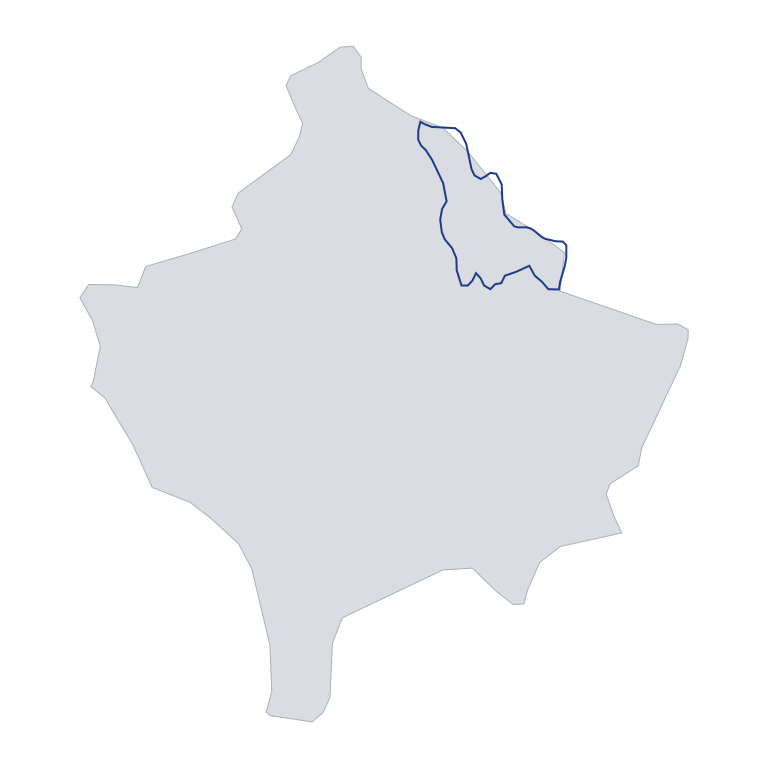 Podujevo highlighted on a map of Kosovo
{"feature_id": "KOS-5901", "entity_name": "Podujevo", "entity_type": "District", "adm_level": 1, "iso_a3": "XKX", "parent_name": "Kosovo", "parent_adm1": "", "projection": "albers", "projection_center": [21.187, 42.93], "detail": "fine", "context": "in_parent", "style": "outline", "palette": "blue", "viewbox_px": 768, "rotation_deg": 0, "n_neighbors": 0, "source": "natural_earth", "source_scale": "10m", "svg_char_len": 1771}
<svg xmlns="http://www.w3.org/2000/svg" viewBox="0 0 768 768"><path d="M191.4,253.0L235.4,239.0L241.8,228.9L232.0,206.9L238.0,193.3L290.6,154.7L299.3,137.1L302.6,123.3L295.7,108.6L286.0,85.4L290.8,75.7L318.0,62.6L340.1,47.2L353.1,46.1L361.2,57.2L361.1,68.8L368.3,88.3L384.4,98.8L411.4,116.0L442.7,127.7L467.2,151.1L500.8,192.9L505.9,213.5L536.2,232.0L564.4,252.7L560.1,291.2L656.2,324.4L677.9,324.0L688.2,329.8L688.0,338.6L680.5,365.5L641.5,448.5L638.3,465.7L610.1,483.8L606.2,494.2L614.3,517.1L621.8,533.0L621.2,533.0L560.3,546.5L539.8,562.3L527.7,589.7L523.8,604.0L513.0,604.4L495.1,590.3L472.4,568.1L443.0,569.9L342.4,617.7L332.4,643.0L329.9,697.8L323.0,712.5L312.2,721.9L270.5,715.7L266.2,712.1L271.8,691.1L269.9,645.1L251.8,568.9L238.7,543.9L211.5,518.9L190.3,502.4L152.2,487.5L133.2,445.5L104.7,397.7L90.8,386.7L93.1,382.0L100.3,346.3L92.3,320.1L79.8,297.7L88.8,284.4L115.4,284.9L137.5,287.6L145.7,266.5L191.4,253.0Z" fill="#d9dde1" stroke="#a8b0b8" stroke-width="1"/><path d="M420.4,121.7L424.5,124.1L431.7,126.9L455.2,128.2L460.7,132.6L466.2,143.8L471.5,169.0L474.5,175.4L480.7,179.0L485.6,176.3L490.4,172.8L496.3,173.8L501.7,184.5L502.3,199.4L504.3,214.6L514.2,226.3L518.1,227.4L526.3,227.3L530.3,228.3L534.0,230.6L540.9,236.4L544.5,238.6L555.8,241.3L562.9,241.6L566.3,245.2L566.3,247.7L566.3,257.8L564.8,265.9L560.1,282.0L558.9,289.5L548.3,289.2L542.0,281.8L534.7,275.6L529.3,265.8L515.7,272.0L504.9,275.7L501.3,283.1L495.0,284.3L490.4,289.2L484.1,285.5L480.5,278.1L476.0,273.2L472.4,280.6L467.8,285.5L461.5,285.5L458.8,276.9L456.7,270.4L456.4,258.5L452.1,248.1L444.8,239.4L441.8,232.2L440.2,219.5L442.1,208.9L446.6,201.3L443.1,183.0L432.1,159.9L425.8,150.1L421.1,145.6L418.2,139.6L418.3,130.5L420.4,121.7Z" fill="none" stroke="#1e3a8a" stroke-width="2"/></svg>